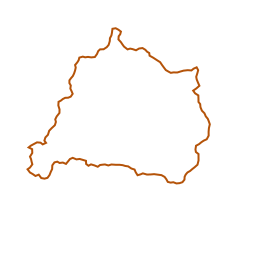 Itaverava, Minas Gerais, Brazil, rotated 118°
{"feature_id": "56859067B81013948598468", "entity_name": "Itaverava", "entity_type": "district", "adm_level": 2, "iso_a3": "BRA", "parent_name": "Brazil", "parent_adm1": "Minas Gerais", "projection": "orthographic", "projection_center": [-43.608, -20.678], "detail": "fine", "context": "isolated", "style": "outline", "palette": "amber", "viewbox_px": 256, "rotation_deg": 118, "n_neighbors": 0, "source": "geoboundaries", "source_scale": "gbopen_adm2", "svg_char_len": 2402}
<svg xmlns="http://www.w3.org/2000/svg" viewBox="0 0 256 256"><g transform="rotate(118 128 128)"><path d="M156.9,67.6L156.2,64.7L154.6,62.5L154.2,59.2L152.5,56.6L150.3,54.5L147.1,53.9L144.5,55.1L142.0,55.2L139.3,54.6L136.8,53.0L134.2,52.0L131.5,50.8L127.8,49.4L123.5,50.5L120.2,52.3L117.9,53.5L117.3,56.8L115.2,58.4L111.7,59.6L108.9,57.7L106.0,56.5L103.6,55.2L101.0,53.2L96.9,53.2L93.4,55.1L90.1,56.5L86.3,57.5L83.9,60.1L82.4,61.9L81.2,64.8L79.1,67.4L78.0,70.9L75.6,73.8L73.0,75.5L71.9,78.0L69.3,79.4L66.2,81.2L65.9,85.0L64.4,88.0L60.9,86.2L57.2,84.8L54.9,87.7L52.8,90.2L50.8,91.8L47.0,92.5L44.0,93.2L42.2,95.9L44.8,97.9L47.4,99.0L48.9,102.4L51.3,105.9L53.4,108.1L55.8,110.5L57.6,114.0L59.2,116.1L59.2,118.8L59.1,121.8L57.8,124.6L56.3,127.7L54.8,130.5L54.5,134.4L54.1,138.8L54.0,142.9L51.8,144.5L51.7,146.9L50.8,149.4L50.6,152.7L52.6,155.5L55.6,157.4L56.2,161.0L56.9,163.4L58.8,165.3L58.0,169.7L56.8,172.2L55.5,174.6L54.3,178.0L51.4,179.3L48.9,178.9L46.2,179.5L45.7,182.7L45.7,185.7L47.7,188.3L51.7,186.8L54.1,186.1L57.2,186.1L59.8,184.9L63.7,184.1L66.6,184.7L69.9,186.5L71.7,189.6L74.1,190.4L77.2,190.1L80.9,190.6L82.9,193.6L84.0,196.7L85.7,199.0L86.2,201.4L88.7,204.0L91.4,203.4L94.0,203.6L97.2,204.3L99.2,202.5L102.2,201.7L105.2,201.2L108.1,201.1L110.7,201.7L113.4,202.1L115.9,200.8L117.3,198.5L120.3,197.4L122.0,195.1L123.8,192.9L127.2,193.3L129.4,195.1L130.8,197.6L133.1,199.2L135.3,200.1L137.5,201.6L140.8,200.1L143.7,197.2L146.9,195.6L151.3,196.4L154.5,196.3L156.5,194.5L159.9,193.9L163.9,195.3L167.4,196.3L171.6,195.5L175.1,196.5L178.4,195.9L179.6,193.4L182.5,195.6L182.0,198.3L183.4,201.6L186.5,203.7L189.4,205.6L191.8,206.6L191.7,202.7L195.0,200.8L199.3,201.1L201.0,199.0L203.0,197.3L205.0,195.4L209.0,196.0L211.6,197.3L213.3,193.7L213.4,190.6L213.8,187.2L211.1,184.9L212.9,181.1L211.9,177.9L209.8,175.7L206.4,175.2L202.8,175.6L199.9,175.7L196.5,177.3L192.9,176.8L190.9,174.6L191.0,172.0L189.1,169.3L188.8,165.9L185.3,165.2L182.7,164.7L180.3,162.8L179.9,158.8L178.0,156.1L177.3,152.6L176.7,149.7L179.4,148.1L179.9,145.2L177.5,143.6L176.8,140.2L176.4,136.5L173.8,135.3L172.3,133.2L171.0,131.2L170.3,127.8L168.0,125.5L166.4,121.9L164.5,118.3L163.3,115.2L162.8,112.6L161.8,109.8L162.2,106.0L161.6,102.7L163.4,100.5L165.2,97.4L163.1,95.2L161.1,93.6L160.2,89.4L158.5,86.4L156.5,83.3L155.1,79.5L153.9,76.3L154.0,72.7L155.3,70.0L156.9,67.6Z" fill="none" stroke="#b45309" stroke-width="2"/></g></svg>